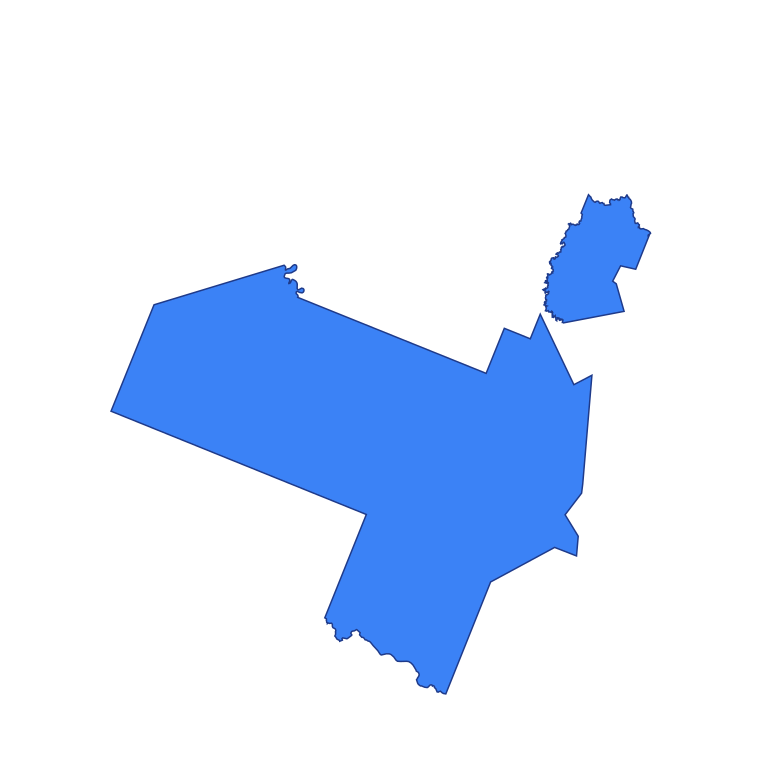 outline of Ambunti/Drekikier District, East Sepik, Papua New Guinea, rotated 22°
{"feature_id": "67681753B88786401502909", "entity_name": "Ambunti/Drekikier District", "entity_type": "district", "adm_level": 2, "iso_a3": "PNG", "parent_name": "Papua New Guinea", "parent_adm1": "East Sepik", "projection": "natural_earth1", "projection_center": [142.509, -4.218], "detail": "fine", "context": "isolated", "style": "filled", "palette": "blue", "viewbox_px": 768, "rotation_deg": 22, "n_neighbors": 0, "source": "geoboundaries", "source_scale": "gbopen_adm2", "svg_char_len": 6147}
<svg xmlns="http://www.w3.org/2000/svg" viewBox="0 0 768 768"><g transform="rotate(22 384 384)"><path d="M502.7,260.7L502.7,287.3L474.7,287.3L474.7,335.9L271.5,336.0L271.5,334.8L271.1,334.4L270.6,333.8L269.0,333.2L268.4,332.6L268.2,331.4L268.6,330.8L269.0,330.6L271.5,330.7L273.9,330.2L274.8,329.0L274.9,327.8L274.6,326.8L274.1,326.2L273.3,325.8L271.7,326.0L269.6,328.6L268.7,328.8L267.7,328.0L266.1,323.8L265.1,322.6L263.9,321.8L262.4,321.4L260.3,321.2L259.8,321.4L259.4,322.4L259.3,324.9L258.9,326.0L258.1,326.5L257.9,326.1L258.0,324.0L257.5,322.6L256.7,322.1L255.5,322.1L253.6,322.6L251.9,322.6L251.2,321.8L251.0,319.3L251.3,318.4L252.3,317.6L254.3,316.8L256.5,315.5L259.6,311.6L259.7,309.8L259.3,308.2L258.7,307.3L258.1,306.8L257.3,306.7L256.2,307.0L255.2,308.2L253.6,311.9L251.4,313.5L250.3,315.2L249.8,315.1L249.3,313.0L248.7,312.1L246.9,311.3L141.1,396.7L141.1,511.5L416.5,511.6L416.7,623.0L418.5,623.2L418.8,623.7L419.0,624.7L419.5,625.2L420.1,626.4L420.8,626.5L421.2,627.3L421.5,626.6L421.8,626.5L423.2,626.4L424.7,625.5L425.2,625.5L426.2,626.3L426.8,627.9L427.8,629.0L430.3,629.3L430.8,629.5L431.8,630.8L431.8,632.1L432.5,632.9L432.5,633.4L432.9,634.2L432.8,636.1L434.0,636.7L436.0,638.2L438.7,638.4L439.1,638.7L439.3,639.1L441.4,637.1L440.4,635.8L440.8,634.9L445.1,634.1L445.8,633.2L448.2,629.2L448.1,628.6L446.6,627.6L446.6,626.1L447.0,625.2L449.1,623.9L450.5,622.0L450.9,622.0L455.0,623.5L455.3,625.7L458.3,627.2L459.5,626.8L460.4,627.0L462.4,628.3L463.6,627.9L465.3,628.3L466.9,628.1L468.2,628.5L471.9,630.6L478.2,633.6L481.2,635.7L482.2,636.2L483.1,636.2L487.2,633.3L490.0,632.2L491.9,632.2L495.3,633.4L498.7,635.6L500.4,636.0L503.4,635.0L508.9,632.6L510.9,632.1L513.4,632.5L516.0,633.6L517.7,634.8L520.7,637.1L521.5,638.1L523.5,638.4L524.6,639.1L525.6,640.5L525.6,642.3L525.2,644.0L525.3,644.5L524.9,646.0L527.3,648.8L528.2,649.5L529.3,649.9L530.9,650.3L531.8,649.9L535.3,649.9L537.7,649.3L538.2,648.9L539.6,645.7L540.6,645.2L541.3,645.2L541.8,645.8L542.2,645.9L542.5,645.3L543.5,645.3L544.3,645.9L544.4,646.5L546.2,647.2L548.6,649.6L549.8,649.3L550.3,648.6L551.4,647.7L553.5,648.5L555.0,648.7L557.4,648.2L557.0,527.6L603.4,471.6L626.9,471.3L621.1,452.4L600.9,437.4L608.1,411.2L605.7,402.2L573.5,298.0L560.3,313.5L502.7,260.7ZM502.7,131.9L502.7,151.7L504.4,152.5L504.6,154.4L505.3,156.2L505.1,157.3L505.5,159.1L505.2,159.4L504.4,159.5L504.2,160.0L504.4,161.4L505.2,161.8L505.1,162.9L504.8,163.3L503.2,163.3L503.3,164.0L502.8,164.6L502.3,164.5L501.9,165.3L499.5,165.0L499.0,165.2L498.3,166.0L498.0,166.1L497.7,165.6L496.8,165.0L496.6,165.2L496.7,165.7L496.5,166.0L495.3,166.1L495.1,166.5L496.0,166.6L496.1,167.3L497.0,167.8L497.3,171.3L496.6,171.9L496.5,173.1L495.6,174.1L495.8,175.4L495.5,176.5L496.2,176.9L496.4,177.4L497.1,178.2L497.5,179.7L496.3,180.7L496.6,181.4L496.4,181.8L494.9,183.8L495.4,184.4L495.0,185.6L495.0,187.6L495.5,187.9L495.7,187.3L496.1,187.1L496.7,187.2L496.7,186.5L497.6,185.2L498.0,185.3L498.7,186.4L499.4,186.5L499.8,187.8L498.8,189.3L498.3,189.4L498.4,190.1L497.7,190.0L497.4,190.5L497.3,191.4L497.8,192.5L497.5,193.2L498.1,194.0L498.4,195.5L497.2,195.9L497.0,197.1L496.7,197.4L495.8,197.3L494.9,198.6L495.0,199.3L496.1,199.1L497.4,199.4L497.8,199.9L497.8,200.3L496.7,201.9L495.5,201.9L495.8,203.3L495.7,204.0L495.3,204.4L494.9,204.5L494.4,204.2L494.1,203.3L492.4,204.4L492.2,204.8L492.2,205.8L492.5,206.2L492.5,206.7L492.2,207.7L492.6,208.6L492.4,208.8L491.8,208.5L491.7,208.8L492.7,210.4L493.0,210.5L493.7,209.8L494.0,210.1L494.5,211.4L495.5,211.6L495.8,212.3L496.5,212.4L495.9,213.4L496.0,214.1L497.9,214.3L498.0,214.9L498.7,215.9L497.7,217.2L498.0,217.5L498.6,217.5L498.8,217.9L497.8,218.3L497.8,219.1L496.8,220.6L496.5,220.9L495.7,220.4L494.5,220.5L494.3,220.8L495.2,221.7L495.4,222.4L494.9,224.5L495.1,224.8L495.4,224.8L496.0,224.1L496.1,224.3L496.2,226.2L497.0,227.4L496.5,228.4L495.7,227.3L495.1,227.7L495.1,228.1L495.5,228.7L495.1,229.8L497.1,229.6L497.6,228.5L498.4,228.5L498.6,228.7L498.5,229.9L498.9,230.6L499.3,230.8L499.4,231.3L499.0,231.8L499.1,232.5L499.6,233.0L499.7,233.4L498.7,234.6L497.9,234.5L497.8,234.9L498.4,235.5L498.2,235.9L497.2,235.7L496.0,237.0L496.9,237.4L499.1,237.5L499.0,238.9L499.5,239.4L500.0,238.2L501.0,237.9L501.9,236.4L502.3,236.5L502.3,237.1L501.9,237.7L502.3,237.8L502.6,238.2L502.4,239.2L502.0,240.0L501.2,240.3L500.9,240.7L500.9,241.7L501.3,242.2L501.4,243.8L502.0,244.3L502.3,245.1L503.1,244.9L503.6,246.2L502.6,247.0L502.2,247.7L502.2,248.2L502.8,248.6L503.5,248.1L503.9,248.2L503.8,249.0L502.8,249.7L502.7,250.7L505.9,250.6L504.9,251.7L505.9,252.6L506.5,254.9L506.2,255.1L506.2,255.6L507.6,255.5L508.8,254.4L509.9,255.5L511.4,254.8L512.2,255.1L512.6,254.7L512.4,253.7L513.0,253.9L513.8,254.8L513.6,255.3L513.9,256.6L514.7,258.3L515.1,257.2L515.5,257.7L515.3,258.9L516.2,258.8L516.4,257.7L517.1,256.5L517.5,257.5L519.2,259.3L519.3,260.3L520.4,260.6L519.9,259.4L521.0,258.2L520.1,257.6L521.4,257.3L521.7,258.1L522.9,259.2L523.9,258.5L523.3,257.6L524.9,257.3L525.1,257.9L526.0,257.7L526.3,260.1L527.0,259.9L527.5,260.1L579.4,226.7L561.8,204.1L557.5,203.0L559.1,185.8L574.4,183.3L574.2,147.3L573.7,148.1L573.4,147.9L573.2,146.7L574.4,145.1L574.7,144.4L574.0,143.7L572.0,143.0L569.7,142.8L567.6,143.0L566.4,142.7L564.1,144.0L562.8,144.0L562.3,143.1L561.2,143.7L560.9,143.0L561.4,141.9L561.1,140.7L560.1,140.5L559.2,139.7L558.6,139.7L557.5,140.8L556.7,140.8L555.2,138.8L555.1,137.3L554.7,136.5L552.4,135.3L551.1,132.7L551.5,131.7L550.3,130.5L550.0,130.5L549.2,128.7L547.1,128.5L546.4,128.0L546.1,126.0L545.8,125.3L545.8,123.6L544.9,122.0L543.2,120.6L541.8,120.3L540.9,119.2L540.2,119.3L538.6,117.7L538.3,117.8L537.9,120.4L537.6,121.2L535.4,121.7L534.9,121.4L533.5,121.9L533.4,122.8L533.8,124.6L533.2,125.5L532.8,125.0L531.7,125.7L530.8,125.1L529.6,125.9L528.8,127.2L528.6,127.1L526.7,127.5L525.7,127.2L524.7,128.6L524.7,129.4L525.2,131.2L525.5,131.5L526.4,131.9L526.9,132.9L522.1,135.5L521.0,135.4L520.3,134.2L519.3,134.5L518.4,134.0L516.8,135.1L516.6,135.6L516.0,135.5L514.7,134.5L513.9,134.3L512.6,135.0L512.2,135.4L512.0,136.2L510.9,136.5L508.1,135.4L506.7,134.3L505.8,133.2L505.1,133.0L502.7,131.9Z" fill="#3b82f6" stroke="#1e3a8a" stroke-width="1.5"/></g></svg>